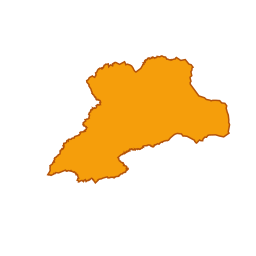 the district of Dan Chang, Suphan Buri, Thailand, rotated 143°
{"feature_id": "78962969B17842271183719", "entity_name": "Dan Chang", "entity_type": "district", "adm_level": 2, "iso_a3": "THA", "parent_name": "Thailand", "parent_adm1": "Suphan Buri", "projection": "albers", "projection_center": [99.604, 14.892], "detail": "fine", "context": "isolated", "style": "filled", "palette": "amber", "viewbox_px": 256, "rotation_deg": 143, "n_neighbors": 0, "source": "geoboundaries", "source_scale": "gbopen_adm2", "svg_char_len": 5918}
<svg xmlns="http://www.w3.org/2000/svg" viewBox="0 0 256 256"><g transform="rotate(143 128 128)"><path d="M38.1,91.7L38.3,94.7L41.4,97.4L43.9,99.2L45.3,99.7L45.8,100.9L48.3,103.7L48.7,106.1L52.1,111.0L51.9,125.5L51.1,126.8L49.6,127.4L48.2,130.9L47.6,131.3L45.6,131.4L43.9,135.1L42.1,135.8L41.0,137.2L40.3,137.5L39.5,137.4L39.5,140.5L40.9,142.4L41.1,148.2L45.2,150.2L46.9,155.2L47.9,155.2L48.6,154.7L50.5,155.6L52.7,156.2L52.5,156.7L53.2,156.9L53.9,157.5L54.9,159.2L55.6,159.6L55.3,161.8L55.7,162.6L56.5,163.0L57.5,165.1L58.1,165.5L59.8,165.7L61.7,167.7L62.3,167.2L62.9,167.1L63.5,167.6L63.9,167.5L64.7,168.3L65.0,168.1L65.2,169.4L65.8,170.0L66.5,169.5L66.9,170.0L67.1,169.6L67.5,169.9L68.2,169.8L69.1,170.2L68.8,170.9L69.5,171.0L69.5,171.5L70.2,171.5L70.5,171.8L71.3,171.2L72.2,171.1L72.9,171.3L72.8,171.7L73.1,171.8L73.5,171.2L74.3,171.6L74.7,171.2L74.4,170.7L74.7,170.2L76.2,170.7L76.0,170.3L76.5,170.4L77.1,169.8L77.2,169.4L77.9,169.8L78.5,169.3L81.9,167.9L88.0,167.9L88.4,169.1L88.4,170.7L87.9,172.8L87.8,175.3L88.4,176.9L90.0,179.3L91.7,179.9L91.3,180.7L90.9,183.0L96.5,183.9L98.2,187.5L98.9,188.2L100.4,188.4L100.5,188.0L101.7,188.5L103.1,186.4L103.0,187.4L103.8,188.4L103.7,188.8L104.7,188.9L106.5,188.5L105.2,191.1L106.5,191.6L107.4,192.4L108.6,192.2L109.4,192.4L111.0,191.2L112.2,191.7L112.2,190.9L112.9,190.8L113.3,190.9L113.8,192.1L114.7,192.8L115.5,192.5L115.9,192.9L117.5,192.5L119.4,191.4L120.8,191.5L121.2,190.1L122.0,189.7L122.2,189.1L123.0,189.1L124.1,188.5L125.1,190.5L125.1,191.0L128.6,191.5L130.5,190.5L132.5,190.7L133.3,189.2L133.0,186.1L133.9,185.1L134.2,181.1L134.8,180.0L135.2,178.1L135.9,177.5L135.6,176.8L135.9,176.0L135.5,175.3L135.9,172.9L135.5,172.6L135.7,172.1L135.4,171.9L136.2,170.0L135.6,169.6L135.7,169.2L135.4,169.1L135.6,168.9L134.7,168.6L134.6,167.7L134.2,167.4L134.4,167.0L134.2,167.2L133.8,166.7L134.2,165.5L134.5,165.5L134.4,165.2L135.1,165.2L135.0,164.6L135.5,164.5L135.9,163.4L136.2,163.7L136.4,163.5L137.5,163.8L137.7,164.7L138.6,165.1L139.3,164.7L140.0,164.9L140.1,164.2L140.6,163.6L141.9,163.3L142.8,163.8L142.7,164.2L143.4,164.3L143.8,164.9L143.8,164.7L144.3,164.8L144.9,164.4L145.2,164.6L145.4,164.1L146.1,164.3L146.0,164.7L146.8,164.8L147.2,164.6L148.1,163.4L149.4,163.6L150.6,162.9L150.6,162.5L151.2,162.4L151.0,161.4L152.9,159.8L153.0,159.3L153.6,159.5L154.8,159.3L155.9,160.1L156.8,159.9L157.3,160.4L157.7,159.0L159.9,159.2L160.9,159.0L161.1,158.2L161.6,158.0L161.1,157.4L161.6,156.8L162.0,156.9L162.1,156.5L161.0,155.0L161.1,154.1L160.6,154.0L161.0,153.3L160.8,153.0L161.3,153.0L162.2,152.0L164.0,152.2L163.8,151.8L164.0,151.1L165.8,151.8L168.4,153.3L169.1,153.3L169.3,152.3L170.7,151.9L171.2,152.1L171.5,151.7L175.5,153.2L176.2,153.1L176.9,152.4L178.7,153.5L180.2,153.2L182.2,154.7L182.7,154.7L183.5,153.6L183.7,154.3L184.4,154.7L185.9,153.5L187.8,153.8L188.1,154.3L188.6,154.4L189.3,153.6L189.5,152.8L190.5,153.0L190.7,152.5L190.4,151.4L191.3,151.1L192.0,150.5L192.9,150.4L192.8,151.1L193.1,151.3L194.4,150.7L195.7,150.8L196.3,150.3L196.2,149.7L196.8,149.5L197.8,148.3L198.6,148.2L199.8,148.6L200.7,148.0L201.2,148.2L202.5,148.2L202.9,147.9L204.3,148.3L205.3,147.8L205.4,147.0L207.0,146.4L207.0,145.9L207.6,145.9L207.5,145.2L208.8,145.6L210.0,144.8L213.1,144.8L213.4,143.8L214.4,143.0L215.6,141.0L217.0,140.2L220.2,139.0L219.3,137.9L218.7,137.9L218.0,136.5L215.1,135.9L214.6,136.3L213.8,135.5L212.6,135.9L210.4,133.9L203.3,132.0L203.3,130.8L202.6,130.7L202.6,130.2L201.3,129.9L199.9,128.3L199.7,128.6L199.1,128.4L199.2,127.5L198.3,126.3L198.2,125.6L197.1,125.1L197.3,123.1L196.8,123.2L196.9,122.4L197.1,122.0L197.4,122.2L197.5,121.8L196.9,121.8L196.4,121.3L197.4,118.9L197.6,117.6L198.5,117.8L200.0,116.8L199.6,116.5L199.4,115.3L200.0,114.8L199.7,114.5L197.6,114.4L196.3,113.8L196.1,113.0L195.8,113.0L195.8,112.0L195.2,112.2L195.2,112.7L193.2,112.5L193.7,110.5L192.2,110.7L192.1,110.3L191.2,109.9L190.0,110.2L189.9,109.6L187.5,109.9L186.9,109.0L187.3,108.0L186.7,107.6L187.0,106.5L187.1,103.8L183.2,104.3L183.0,104.7L181.5,104.3L179.8,103.4L178.2,103.1L174.6,101.7L173.9,101.3L174.1,100.3L172.5,99.2L171.6,99.1L169.4,97.5L169.5,97.1L168.5,96.9L168.6,96.5L167.1,96.6L164.5,95.0L163.8,95.5L163.2,95.2L162.3,95.6L161.3,95.6L160.0,94.8L159.3,95.1L158.1,95.0L157.1,94.3L156.3,94.3L156.1,94.8L154.5,94.9L154.5,95.1L152.9,95.0L152.4,95.3L152.3,95.9L152.8,96.2L153.5,95.4L154.0,96.5L153.3,97.1L152.8,97.1L152.3,98.1L152.6,99.0L153.6,100.1L153.3,100.7L153.8,100.9L153.2,101.3L153.1,102.0L153.4,102.9L152.9,103.3L154.0,104.5L154.2,105.7L154.0,106.1L154.6,106.8L154.1,109.2L153.6,109.4L153.8,110.5L149.5,110.8L148.7,110.3L147.5,110.6L146.9,109.9L146.4,110.3L146.6,109.8L146.1,109.6L145.7,109.9L145.4,109.7L145.6,110.0L145.1,110.1L145.0,109.7L144.5,109.9L143.9,109.4L143.3,109.7L143.3,110.0L142.8,110.1L142.6,109.5L142.0,109.5L142.2,109.2L140.7,108.9L140.5,109.2L140.2,108.9L140.0,109.8L139.4,110.0L139.2,109.5L137.9,109.4L137.6,109.1L137.7,108.8L137.4,108.8L137.2,107.9L137.4,107.8L137.1,107.4L136.8,107.5L135.6,106.3L135.3,107.1L135.0,106.4L134.7,106.6L133.5,105.9L133.4,105.3L132.6,105.5L132.2,104.7L131.9,104.8L131.6,104.0L130.9,104.0L130.8,103.7L129.3,103.8L128.7,103.4L127.8,103.7L127.4,104.2L127.1,103.6L126.9,104.0L126.0,104.2L123.4,102.4L123.1,102.6L121.6,102.0L120.6,100.9L120.7,100.3L120.3,100.1L120.5,99.5L119.9,98.5L119.3,98.4L119.4,97.9L118.9,97.6L118.3,97.7L117.5,98.3L116.7,98.1L116.7,98.4L115.7,97.9L113.7,97.6L113.5,97.0L112.7,96.4L112.0,96.7L110.3,96.7L109.5,96.5L109.2,96.0L108.8,96.3L107.6,95.8L106.8,95.9L105.8,95.2L105.1,95.1L104.4,94.3L102.9,93.9L100.1,94.6L95.7,94.9L93.7,94.7L91.9,94.0L88.9,91.1L88.9,88.4L88.0,87.9L85.8,85.8L82.3,78.2L82.7,77.2L82.6,75.2L82.3,74.7L78.1,75.4L77.5,74.0L76.0,72.9L75.0,73.9L72.2,74.5L70.9,73.4L68.6,74.0L67.3,73.5L62.1,69.8L59.8,66.6L56.9,63.3L50.4,63.1L50.3,64.6L44.9,69.5L44.2,71.9L42.6,73.8L40.1,78.0L39.2,81.1L37.7,84.7L35.8,86.3L35.8,89.4L38.1,91.7Z" fill="#f59e0b" stroke="#b45309" stroke-width="1.5"/></g></svg>